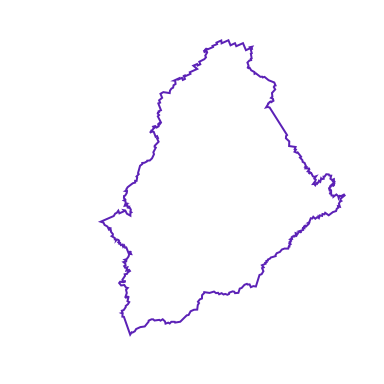 the district of Armidale, New South Wales, Australia, rotated 58°
{"feature_id": "25037944B44637712818530", "entity_name": "Armidale", "entity_type": "district", "adm_level": 2, "iso_a3": "AUS", "parent_name": "Australia", "parent_adm1": "New South Wales", "projection": "equal_earth", "projection_center": [152.07, -30.435], "detail": "fine", "context": "isolated", "style": "outline", "palette": "violet", "viewbox_px": 384, "rotation_deg": 58, "n_neighbors": 0, "source": "geoboundaries", "source_scale": "gbopen_adm2", "svg_char_len": 5940}
<svg xmlns="http://www.w3.org/2000/svg" viewBox="0 0 384 384"><g transform="rotate(58 192 192)"><path d="M280.2,320.0L279.0,317.5L279.7,316.9L279.8,314.3L278.6,312.0L279.2,307.4L281.0,303.3L279.0,297.6L278.1,296.9L278.5,293.9L279.4,292.4L281.1,291.9L283.1,287.5L284.4,286.9L284.4,284.3L287.5,283.5L289.6,284.2L290.2,281.4L291.7,280.6L291.1,278.3L293.0,275.4L293.8,275.5L295.8,270.7L293.8,261.8L294.5,260.1L292.4,256.4L292.9,252.7L294.5,249.9L290.9,247.0L289.9,244.9L288.2,245.1L287.2,242.2L287.6,240.0L284.8,238.1L284.2,235.4L283.4,234.7L286.9,230.6L288.1,226.1L290.5,225.2L291.3,223.3L293.1,223.2L293.5,220.5L295.6,219.6L296.0,217.9L297.9,216.4L298.1,214.6L297.1,213.8L297.8,210.2L299.0,209.0L300.6,209.1L302.1,206.1L299.2,202.7L299.7,200.8L298.5,196.7L299.0,194.1L299.9,193.9L300.9,192.1L303.9,192.5L304.3,189.9L306.0,187.9L298.1,178.7L298.6,176.5L297.0,173.4L293.7,172.9L293.9,171.2L291.2,171.5L291.8,167.6L290.8,167.4L291.1,165.9L289.9,165.5L290.3,163.9L289.5,163.4L289.8,161.1L289.3,160.0L290.7,155.0L289.8,154.6L288.8,152.6L289.4,149.2L288.4,146.3L289.0,143.5L291.0,140.4L289.7,139.0L289.9,138.3L288.8,137.9L288.5,136.1L287.3,136.6L287.0,135.6L286.2,135.8L286.0,134.0L284.8,133.9L284.9,133.1L284.2,133.6L284.3,131.8L283.2,131.5L283.0,130.2L283.8,129.3L283.3,128.7L284.0,128.1L283.6,127.2L284.5,126.7L283.8,125.6L283.1,126.5L281.8,125.9L283.4,124.5L282.5,122.9L283.0,121.2L284.4,121.4L283.0,120.5L282.2,121.3L283.1,117.8L281.9,117.0L280.8,117.7L282.2,115.9L280.6,115.3L280.5,113.9L281.7,113.7L280.9,109.8L280.3,109.0L279.7,109.7L279.7,108.5L277.2,105.2L278.2,104.0L277.3,102.3L280.0,101.6L279.7,99.5L280.4,98.9L279.7,98.0L281.2,98.0L279.6,95.9L281.2,94.3L279.8,93.0L281.1,91.5L280.2,90.1L284.2,88.4L283.7,83.2L284.5,79.9L282.9,78.1L282.8,76.2L281.4,75.7L282.8,74.4L279.7,73.6L278.6,71.6L278.7,70.2L277.7,70.6L276.4,69.3L275.8,64.4L274.7,64.5L274.5,67.6L273.5,68.8L274.8,70.8L273.0,70.2L270.6,70.9L271.0,74.6L269.9,74.0L268.9,75.5L266.7,74.7L266.3,76.5L265.9,74.1L264.3,73.2L263.4,73.3L263.5,74.4L261.4,73.8L261.0,71.6L260.3,71.7L259.9,70.1L261.6,69.0L261.4,67.9L260.7,67.4L259.5,69.3L260.0,66.9L258.2,66.9L259.4,65.2L258.2,66.0L256.3,64.9L256.0,66.9L254.1,67.6L251.9,65.3L250.8,66.8L249.6,66.7L248.1,68.7L249.2,71.4L248.7,72.3L250.6,73.3L249.8,75.2L248.9,75.3L251.3,77.8L249.8,78.4L251.0,79.9L250.6,80.7L251.3,81.6L250.5,82.0L251.6,83.9L250.0,84.1L249.4,85.1L248.1,81.7L247.1,80.5L245.5,81.2L244.4,78.5L244.0,80.3L242.7,81.2L239.0,80.8L238.3,81.9L238.7,83.2L237.2,81.7L235.9,82.9L235.1,80.6L234.1,80.3L232.2,83.1L231.6,81.7L230.7,82.7L230.2,81.6L227.0,81.1L225.1,82.2L223.5,81.5L220.0,82.2L219.9,80.8L214.4,81.4L214.4,82.2L212.2,83.7L211.1,81.5L210.2,82.3L208.7,80.3L204.5,85.3L200.6,82.7L196.2,83.9L194.4,82.6L194.1,81.2L161.5,81.4L160.0,82.7L159.5,84.3L157.7,80.6L156.5,80.3L157.4,80.1L156.8,78.4L157.0,77.2L157.8,77.2L157.8,74.6L155.8,74.0L154.1,75.1L153.7,73.3L150.4,71.7L149.1,67.1L146.3,67.0L145.6,65.6L145.9,64.7L142.7,64.2L137.8,67.8L132.8,69.5L132.3,71.3L131.5,71.3L130.5,73.0L125.1,75.0L124.9,76.3L123.3,75.5L120.2,77.3L117.1,77.3L116.9,78.5L116.1,78.8L114.8,77.1L111.6,76.4L110.9,73.6L111.5,72.0L110.2,71.5L110.3,70.6L105.9,68.8L106.0,67.8L102.4,66.7L102.5,65.3L101.2,65.0L100.7,64.0L99.8,66.4L100.9,66.6L100.3,71.1L92.8,69.9L91.8,77.2L88.6,76.7L88.0,81.6L82.6,80.7L81.6,88.1L79.0,86.9L78.3,92.1L79.9,92.4L79.0,97.2L80.2,97.4L79.4,102.6L78.0,104.1L78.3,105.3L79.0,105.1L78.8,107.0L79.9,107.2L80.2,104.9L81.7,105.2L83.4,108.5L85.2,108.8L85.9,111.2L85.4,116.8L88.1,117.3L87.7,120.2L86.2,119.9L85.6,123.9L90.4,122.4L89.3,130.4L91.0,130.7L90.2,136.4L89.4,136.2L89.2,137.4L92.4,138.1L92.1,140.4L89.9,140.0L89.4,143.5L88.7,142.8L88.0,148.2L88.7,147.3L91.7,148.7L91.7,151.1L93.5,152.7L93.4,154.7L94.4,157.0L96.3,158.5L92.1,163.4L92.0,166.7L96.3,167.4L96.8,171.3L99.3,171.7L99.0,173.6L106.2,175.0L105.9,177.4L106.7,177.6L106.6,178.8L107.3,179.5L109.3,179.1L109.7,180.9L116.7,181.5L117.3,183.1L116.2,182.9L116.5,184.7L118.6,185.5L118.6,187.8L117.1,188.1L117.5,189.1L116.4,188.9L116.0,190.3L117.2,190.3L117.9,191.4L118.9,193.5L117.6,193.6L118.8,194.1L119.4,196.3L119.7,193.7L120.8,192.6L125.9,193.6L126.1,192.0L128.3,192.3L128.2,193.3L131.7,193.7L133.0,199.1L133.8,199.8L135.2,199.2L137.8,203.7L139.8,204.2L142.3,208.1L142.9,211.1L141.7,213.4L142.2,214.0L142.0,216.9L141.0,218.8L142.0,219.4L142.2,222.1L147.4,227.8L148.6,227.7L149.5,230.9L150.5,230.7L153.2,233.1L152.4,234.3L153.9,235.2L153.2,237.6L153.8,244.0L154.9,246.3L156.0,246.4L155.9,248.0L157.1,246.9L158.3,247.9L159.6,250.5L159.4,251.8L161.0,252.9L162.9,252.6L163.0,254.2L164.3,253.2L166.4,254.2L167.1,253.5L166.9,255.0L167.7,256.0L168.0,253.3L168.6,254.9L169.0,253.9L170.2,254.5L171.0,253.3L171.5,254.4L172.8,253.1L174.7,253.3L175.9,254.6L177.1,254.2L177.1,255.4L179.4,256.8L175.9,258.7L172.3,258.4L171.4,259.4L172.4,259.2L171.6,264.9L168.8,264.4L169.8,266.8L169.6,268.6L170.9,271.1L168.8,285.2L171.1,283.3L173.6,283.6L176.5,282.0L179.4,282.3L178.8,281.0L179.6,280.3L180.5,281.7L181.4,281.0L182.7,281.8L185.8,281.4L186.9,282.3L186.9,283.5L190.1,281.9L191.3,282.6L192.2,281.3L192.8,281.9L192.5,280.8L193.7,279.8L194.9,279.7L195.6,281.1L196.8,280.1L197.3,281.1L198.4,280.2L199.3,280.5L199.8,278.8L201.1,279.3L201.1,278.3L201.9,278.8L201.7,277.9L203.8,278.2L204.2,277.1L209.8,278.1L209.8,276.2L210.8,275.2L210.4,276.3L212.4,276.5L211.2,278.0L213.1,280.0L214.3,283.0L213.8,284.9L215.4,284.1L216.0,284.6L215.2,287.2L217.3,286.5L219.0,287.2L218.9,288.8L220.9,288.8L221.6,286.7L223.9,289.3L224.7,286.6L226.1,286.5L226.1,289.0L227.0,290.5L226.1,292.7L227.6,293.2L229.5,297.5L231.3,298.0L232.0,296.2L232.5,296.4L232.2,297.9L230.0,300.5L230.6,302.0L233.7,301.6L235.0,298.7L238.0,298.6L239.3,297.4L240.0,299.8L243.1,300.8L245.8,304.2L246.6,304.0L246.7,301.9L247.4,301.5L250.4,304.6L252.1,303.6L253.2,305.8L253.5,308.6L254.5,309.2L255.9,312.4L255.5,314.4L257.7,314.9L257.4,315.9L258.3,315.3L260.8,317.1L261.8,315.9L280.2,320.0Z" fill="none" stroke="#5b21b6" stroke-width="2"/></g></svg>